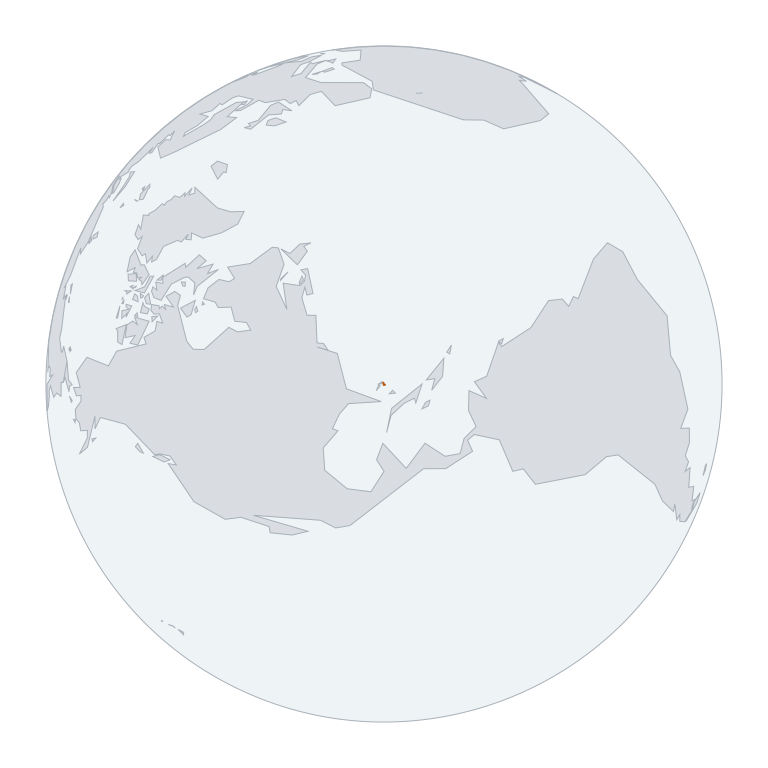 globe centered on South Abaco, rotated 296°
{"feature_id": "BHS-5016", "entity_name": "South Abaco", "entity_type": "District", "adm_level": 1, "iso_a3": "BHS", "parent_name": "The Bahamas", "parent_adm1": "", "projection": "orthographic", "projection_center": [-77.194, 26.12], "detail": "coarse", "context": "on_globe", "style": "filled", "palette": "amber", "viewbox_px": 768, "rotation_deg": 296, "n_neighbors": 0, "source": "natural_earth", "source_scale": "10m", "svg_char_len": 9815}
<svg xmlns="http://www.w3.org/2000/svg" viewBox="0 0 768 768"><g transform="rotate(296 384 384)"><circle cx="384" cy="384" r="338" fill="#eef3f6" stroke="#a8b0b8"/><path d="M378.2,487.3L370.2,483.7L362.4,493.1L335.0,476.6L325.2,456.7L241.8,415.4L233.4,403.6L233.7,386.7L208.8,324.3L218.3,380.2L208.0,367.7L200.4,346.8L205.5,343.3L201.5,313.9L192.8,300.6L194.9,264.8L217.9,224.9L220.2,232.9L225.5,223.2L222.9,213.1L219.9,208.9L234.5,169.3L229.6,143.8L217.0,143.9L228.4,138.3L197.2,145.2L187.5,140.9L205.3,141.0L212.3,137.7L209.0,131.9L215.5,127.3L217.7,122.3L225.8,117.7L235.6,119.2L241.0,116.6L238.4,112.8L244.8,106.6L247.8,112.4L259.4,102.4L277.8,105.3L279.4,128.3L296.3,129.3L315.7,152.6L320.7,147.8L331.2,155.0L340.8,152.5L341.7,158.4L348.6,151.4L346.0,146.5L348.2,142.1L353.6,140.4L355.7,147.4L353.2,149.2L356.7,150.5L355.4,154.9L359.1,151.8L360.9,161.1L367.2,149.7L375.4,155.4L374.4,162.2L364.0,164.2L335.8,188.1L331.6,197.3L336.2,207.3L366.9,219.7L366.6,229.4L374.0,240.6L379.0,233.5L375.0,222.4L386.1,212.9L380.0,201.5L383.6,196.3L381.5,184.4L393.1,183.7L405.6,189.8L408.0,200.0L413.5,203.4L420.5,192.2L433.7,211.0L457.9,223.6L460.0,229.4L447.8,241.7L424.5,244.3L408.5,264.0L430.4,249.2L435.5,265.2L441.1,267.4L447.5,265.9L450.1,259.3L454.3,264.8L434.2,280.5L430.1,275.7L436.5,270.4L425.6,272.3L412.1,284.7L415.8,292.7L391.6,305.8L393.9,312.0L389.9,318.9L387.9,307.8L391.0,328.6L363.2,352.3L367.0,389.2L350.8,360.7L337.4,357.1L321.3,357.2L321.6,363.1L299.9,357.4L280.5,368.5L273.7,396.8L281.4,419.5L305.5,422.3L312.6,410.6L330.2,408.9L317.9,441.0L348.7,446.8L345.8,470.6L354.8,482.9L370.2,479.9L386.1,485.5L397.2,471.6L415.3,463.3L416.0,482.4L425.7,464.3L436.0,472.9L471.7,468.6L469.1,473.3L499.2,491.4L531.1,495.3L538.5,507.0L534.7,516.0L545.6,515.9L545.8,521.1L588.1,517.5L608.9,523.0L607.6,540.5L589.0,565.9L569.3,608.6L535.2,629.1L524.6,644.5L494.7,668.1L474.2,670.2L478.2,677.7L465.3,684.2L451.5,686.3L447.6,691.8L437.3,693.0L443.1,695.7L424.7,703.2L427.8,707.3L414.0,712.1L416.4,714.0L411.8,714.2L406.5,715.2L405.5,716.2L392.1,714.9L390.2,710.1L396.3,707.1L390.3,706.7L403.5,698.1L396.3,700.1L400.9,685.6L412.6,671.6L422.9,625.5L416.2,615.8L390.8,604.6L360.2,564.0L368.8,546.5L362.0,538.0L384.4,512.1L378.2,487.3ZM70.8,313.7L73.2,306.3L72.9,312.8L70.8,313.7ZM73.9,300.7L73.2,303.4L73.6,300.9L73.9,300.7ZM73.7,298.1L73.9,300.0L73.4,298.6L73.7,298.1ZM73.1,295.6L73.6,296.6L73.4,296.8L73.1,295.6ZM365.4,401.5L400.7,418.2L380.9,420.9L384.6,417.6L375.6,410.6L359.0,404.1L341.5,407.6L365.4,401.5ZM73.3,289.5L73.4,287.8L74.1,288.0L73.3,289.5ZM380.7,381.3L374.6,380.0L380.5,379.7L380.7,381.3ZM217.5,208.0L222.2,213.5L222.1,224.8L217.5,220.6L217.5,208.0ZM218.7,188.0L222.7,188.7L216.4,198.0L216.1,194.6L218.7,188.0ZM206.6,145.6L209.1,148.6L204.4,147.3L206.6,145.6ZM216.6,122.4L213.8,123.2L216.1,120.3L216.6,122.4ZM375.2,185.8L378.3,185.1L377.1,187.6L375.2,185.8ZM371.4,181.4L367.8,184.8L365.5,183.3L367.8,181.2L371.4,181.4ZM230.6,111.0L235.2,106.6L232.2,111.2L230.6,111.0ZM376.4,177.7L361.8,180.2L357.8,177.6L363.0,167.8L376.4,177.7ZM239.0,104.2L249.9,94.6L244.6,95.1L265.7,89.0L249.4,98.7L246.6,104.0L244.1,102.3L239.0,104.2ZM342.8,145.8L345.9,150.9L338.3,148.3L342.8,145.8ZM337.4,145.4L311.1,145.6L309.3,137.9L318.5,139.1L312.2,131.0L324.3,127.0L330.5,130.6L329.2,136.2L334.8,130.5L337.4,145.4ZM275.6,87.6L279.7,85.8L277.3,88.0L275.6,87.6ZM348.5,140.1L343.3,140.6L341.4,133.8L351.4,131.7L348.8,134.5L348.5,140.1ZM304.6,131.2L305.0,126.2L314.8,121.5L316.3,119.0L324.4,126.3L304.6,131.2ZM352.0,135.2L356.5,131.0L362.4,132.8L353.4,139.3L352.0,135.2ZM336.7,133.1L336.3,129.9L339.8,130.9L336.7,133.1ZM385.6,138.0L379.5,138.1L378.0,134.5L385.6,138.0ZM357.8,129.3L355.8,128.7L354.5,127.5L358.6,125.2L357.8,129.3ZM330.8,122.8L334.9,122.1L328.0,119.5L335.1,116.3L339.2,122.0L340.5,118.2L342.6,117.3L343.6,123.1L330.8,122.8ZM358.9,119.3L366.5,126.3L378.3,126.6L380.0,129.7L360.8,128.7L358.9,119.3ZM349.8,120.9L355.8,120.5L354.8,124.2L350.1,126.9L349.8,120.9ZM338.5,112.4L326.5,115.7L326.0,114.4L338.5,112.4ZM362.5,118.6L360.5,117.0L363.4,118.2L362.5,118.6ZM346.1,113.3L341.9,114.5L341.5,113.0L346.1,113.3ZM360.2,113.0L362.6,115.1L359.5,116.8L360.2,113.0ZM353.9,112.5L354.3,110.2L356.9,116.1L352.1,113.3L353.9,112.5ZM346.3,111.7L344.7,111.2L348.1,111.4L346.3,111.7ZM370.5,105.9L374.6,113.0L367.8,116.5L364.7,109.0L370.5,105.9ZM414.0,717.4L393.0,715.6L405.0,716.5L414.5,714.4L425.1,715.7L414.0,717.4ZM441.5,710.9L451.8,708.6L453.9,708.8L447.3,710.6L441.5,710.9ZM636.2,159.1L646.0,172.3L637.8,164.6L618.8,141.8L610.6,133.3L636.2,159.1ZM602.1,125.9L601.6,126.2L589.6,116.4L600.3,126.0L602.6,127.1L609.4,133.6L607.7,133.1L603.6,129.3L605.0,132.1L624.5,150.6L628.9,153.8L638.1,168.6L646.4,175.7L652.1,183.8L640.2,174.9L634.5,169.1L619.8,166.1L626.7,173.3L641.0,177.0L640.5,179.2L649.9,190.5L642.4,183.6L625.0,179.1L627.3,195.1L645.9,233.6L643.9,243.5L635.2,246.0L612.7,218.1L619.6,199.4L611.7,190.7L596.9,185.5L600.2,180.7L595.0,176.8L596.3,170.1L584.9,154.0L584.2,147.2L567.0,135.2L564.3,130.5L575.3,138.7L582.5,141.4L579.2,126.9L574.8,122.4L563.9,116.1L564.3,113.6L554.2,109.5L546.0,100.3L547.4,108.6L534.6,103.0L522.8,95.1L518.8,95.2L538.1,108.3L545.6,112.4L551.6,113.3L572.2,127.7L576.1,134.2L555.5,125.9L558.8,134.7L541.3,125.7L499.9,93.5L489.1,84.1L498.1,76.8L508.0,80.7L509.6,84.9L519.8,84.8L513.4,82.9L513.8,81.3L501.6,76.8L501.3,75.5L490.2,73.9L488.5,71.8L495.6,72.8L476.1,65.9L469.1,61.8L464.8,61.0L462.3,61.2L455.0,56.6L452.2,56.3L453.5,57.6L448.7,58.0L437.5,57.3L435.6,55.7L439.4,55.8L444.6,54.1L455.0,55.2L453.0,54.6L443.6,53.3L437.3,55.2L431.1,55.4L432.6,53.8L431.6,54.4L427.9,54.0L422.5,52.4L420.1,54.1L382.1,55.9L367.8,54.1L373.4,51.8L344.9,54.6L331.0,54.5L332.2,55.3L319.3,58.6L323.5,58.6L323.1,59.4L292.0,70.2L283.2,72.3L271.2,80.0L271.8,80.8L277.6,79.5L265.7,89.0L244.6,95.1L244.3,93.0L231.3,99.1L232.4,93.8L227.3,93.0L236.0,85.1L231.2,85.9L226.7,88.4L216.7,92.2L212.0,93.1L235.9,81.3L246.9,82.2L244.1,80.3L250.7,77.8L253.4,75.6L251.0,75.1L247.0,76.8L273.7,64.7L274.8,64.2L298.6,57.0L322.9,51.6L347.5,48.1L372.3,46.3L397.2,46.3L422.0,48.2L446.6,51.9L470.9,57.4L494.6,64.7L517.8,73.7L540.3,84.4L561.9,96.7L582.5,110.6L602.1,125.9ZM720.7,412.3L721.0,400.3L721.0,375.5L719.8,369.9L718.5,379.3L716.2,372.7L714.7,376.9L699.0,413.6L689.3,409.0L665.8,379.7L665.0,358.1L656.2,339.5L643.7,245.5L650.9,240.7L652.2,206.7L654.1,205.4L664.6,220.6L674.1,217.0L664.6,200.5L662.7,192.9L661.2,190.7L675.2,212.6L687.5,235.5L698.1,259.3L706.7,283.8L713.5,308.9L718.3,334.5L721.1,360.3L721.9,386.3L720.7,412.3ZM659.4,285.4L662.5,291.3L659.4,285.4ZM472.8,468.2L477.1,471.3L471.5,472.2L472.8,468.2ZM378.3,429.1L385.7,429.4L389.6,432.4L383.9,433.5L378.3,429.1ZM440.2,426.5L448.6,427.5L439.9,429.9L440.2,426.5ZM406.2,420.2L433.4,426.5L416.5,433.3L399.3,429.6L411.1,427.3L406.2,420.2ZM377.5,393.1L382.1,394.5L380.8,398.2L377.5,393.1ZM385.0,381.2L383.2,381.6L380.9,378.6L385.0,381.2ZM436.6,264.3L438.4,263.2L445.0,263.1L442.1,266.1L436.6,264.3ZM472.9,247.1L478.8,256.5L472.6,251.5L469.7,256.9L453.2,253.9L460.3,232.1L460.0,242.2L472.9,247.1ZM433.0,245.0L442.7,248.6L431.8,245.6L433.0,245.0ZM565.1,164.7L569.9,164.2L575.8,170.0L576.6,181.1L568.0,172.5L565.1,164.7ZM575.2,162.3L554.6,152.5L553.2,146.0L557.5,151.1L558.7,147.9L565.8,155.4L584.7,159.9L591.2,165.6L589.2,181.4L586.3,172.7L581.8,173.4L575.2,162.3ZM504.2,146.9L495.2,144.7L503.9,133.1L511.3,136.6L512.6,147.1L504.7,149.4L504.2,146.9ZM388.5,160.8L384.5,162.4L383.9,160.2L386.8,157.1L388.5,160.8ZM382.9,138.4L405.3,152.4L401.9,154.7L419.1,161.4L416.8,170.2L405.7,165.4L416.8,177.8L405.9,177.0L414.4,185.0L389.9,173.3L380.6,173.8L391.9,169.7L394.3,161.4L392.5,158.0L380.5,149.0L361.4,147.0L360.8,139.3L365.4,134.4L369.9,133.7L368.9,138.7L375.6,134.2L377.5,141.1L382.9,138.4ZM419.6,93.5L416.6,97.6L430.4,93.6L432.4,98.8L433.9,98.0L439.6,102.0L449.0,105.8L448.4,108.3L452.4,108.8L456.2,111.7L461.4,113.4L462.2,118.7L468.6,121.3L465.3,122.5L476.1,125.6L468.4,125.8L472.6,130.3L477.9,127.8L469.2,157.1L471.6,170.8L477.8,182.6L463.6,182.4L448.8,171.8L435.7,157.3L435.4,144.8L429.1,147.5L427.1,142.5L432.9,142.4L422.7,139.6L422.7,135.6L411.0,125.5L396.3,124.9L391.7,121.6L397.4,119.9L388.8,117.9L396.4,112.6L393.2,110.3L397.6,103.2L410.5,102.0L406.0,99.6L409.1,94.7L419.6,93.5ZM372.2,103.9L387.0,100.2L395.5,101.5L384.3,113.4L386.1,116.2L379.3,124.9L367.2,123.0L370.2,120.6L370.4,117.9L374.1,119.5L371.3,116.3L375.4,113.1L374.3,109.8L379.5,109.3L372.2,103.9ZM649.8,197.2L650.1,195.1L649.1,190.7L655.0,198.2L649.8,197.2ZM638.4,194.2L637.7,191.1L645.6,198.6L645.2,201.2L638.4,194.2ZM630.7,183.5L637.1,190.4L633.4,188.2L630.7,183.5ZM573.9,135.9L572.4,132.8L574.9,133.8L578.8,137.1L573.9,135.9ZM460.9,86.0L457.8,87.4L455.7,86.5L444.6,86.6L442.2,83.3L448.0,81.9L460.9,86.0ZM645.0,169.4L644.7,169.0L642.6,166.5L642.0,165.8L645.0,169.4ZM653.5,184.1L653.3,181.8L655.1,186.2L653.5,184.1ZM456.4,82.4L452.1,82.7L453.6,80.9L456.4,82.4ZM439.9,80.9L440.5,78.7L440.6,82.9L439.9,80.9ZM429.7,60.2L447.9,63.1L459.3,64.3L463.3,63.0L465.5,66.7L447.8,64.8L429.7,60.2ZM388.2,56.2L384.8,58.3L381.0,57.4L381.3,56.8L388.2,56.2ZM389.8,57.5L395.4,60.4L390.1,61.7L386.7,59.0L389.8,57.5ZM426.6,69.5L432.1,70.5L430.8,71.8L426.6,69.5ZM277.8,85.2L279.5,85.8L275.8,86.6L277.8,85.2ZM325.7,59.3L324.5,60.5L320.2,61.0L325.7,59.3ZM319.0,64.5L324.7,63.0L319.4,65.2L319.0,64.5ZM337.3,60.0L327.3,62.7L335.7,59.3L337.3,60.0Z" fill="#d9dde1" stroke="#a8b0b8" stroke-width="1"/><path d="M384.9,382.6L384.9,382.8L384.9,383.0L384.7,383.0L384.7,382.9L384.4,383.0L384.2,383.3L384.1,383.9L384.1,384.0L384.0,384.3L384.0,384.8L384.0,385.2L383.8,385.4L383.7,385.3L383.6,385.1L383.4,384.8L383.0,384.7L382.9,384.5L383.0,384.5L383.1,384.4L383.3,384.3L383.4,384.2L383.6,384.0L383.7,383.9L383.8,383.8L383.8,383.6L383.7,383.5L383.7,383.4L383.8,383.3L383.8,383.2L384.9,382.6Z" fill="#f59e0b" stroke="#b45309" stroke-width="1.5"/></g></svg>